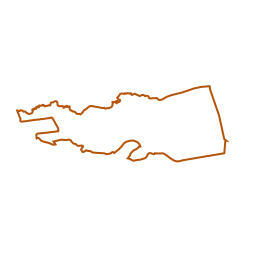 Belmont, Dennery, Saint Lucia, rotated 152°
{"feature_id": "8701671B1177875671821", "entity_name": "Belmont", "entity_type": "district", "adm_level": 2, "iso_a3": "LCA", "parent_name": "Saint Lucia", "parent_adm1": "Dennery", "projection": "albers", "projection_center": [-60.925, 13.95], "detail": "fine", "context": "isolated", "style": "outline", "palette": "amber", "viewbox_px": 256, "rotation_deg": 152, "n_neighbors": 0, "source": "geoboundaries", "source_scale": "gbopen_adm2", "svg_char_len": 5912}
<svg xmlns="http://www.w3.org/2000/svg" viewBox="0 0 256 256"><g transform="rotate(152 128 128)"><path d="M152.0,112.4L145.6,113.6L141.9,114.9L138.9,116.3L136.0,116.7L131.9,115.7L129.2,114.5L126.4,111.2L125.5,108.1L125.8,105.8L127.3,106.2L129.6,105.6L130.7,105.5L133.8,105.5L134.9,105.2L135.8,104.9L136.8,104.6L137.8,104.1L139.2,102.9L139.8,102.5L141.3,101.9L142.5,101.3L141.8,100.7L140.5,99.4L140.1,98.5L139.7,97.8L138.6,96.8L138.2,96.4L137.3,96.1L136.2,95.9L133.6,95.0L132.2,94.3L127.0,93.3L125.8,93.6L124.9,93.9L122.7,95.6L122.0,95.8L121.3,95.8L120.6,95.6L119.6,95.0L117.8,93.0L117.4,92.7L117.1,92.6L116.7,92.6L116.2,93.1L115.5,92.6L113.4,91.4L110.9,90.1L110.1,89.8L109.3,89.4L108.6,88.8L108.1,88.1L107.7,87.7L107.5,86.8L107.2,86.2L106.6,85.4L105.8,83.4L105.1,81.9L103.8,79.6L102.4,77.4L100.7,75.7L98.4,74.6L94.2,73.6L54.8,60.5L47.9,71.3L47.2,70.8L48.2,73.1L41.7,96.4L37.5,123.0L36.3,126.6L44.3,130.0L51.0,131.9L63.3,133.9L74.5,136.7L78.9,137.3L81.7,137.3L82.3,137.2L83.8,137.1L84.6,137.2L85.3,137.3L86.6,137.7L87.3,138.2L87.9,138.7L88.3,140.3L88.5,140.8L88.9,141.2L90.0,141.5L91.9,142.6L94.1,143.4L94.8,143.8L95.1,144.2L95.3,144.5L95.2,145.9L95.3,146.6L95.5,146.9L96.0,147.4L96.7,147.9L97.6,148.0L97.9,148.1L98.1,148.4L98.7,149.7L99.2,150.1L100.0,150.5L100.3,150.6L102.0,150.6L102.8,150.8L104.6,153.2L105.0,153.9L105.9,155.0L106.1,155.2L108.8,155.3L109.1,155.5L109.3,156.1L109.0,157.1L109.1,157.3L109.4,157.5L110.1,157.5L110.7,157.8L111.9,158.9L113.3,159.1L113.5,159.1L114.1,160.0L114.3,160.1L114.6,160.0L114.7,159.9L115.4,159.8L115.7,160.2L116.5,160.9L117.6,161.5L118.8,161.7L119.8,161.3L122.1,160.0L123.1,160.0L123.3,159.7L123.1,158.4L123.2,157.7L122.8,157.3L122.2,157.0L122.0,156.8L122.0,156.2L122.5,155.5L122.8,155.4L123.4,155.2L123.9,155.2L124.7,155.3L126.6,155.3L126.7,155.7L126.6,156.0L126.2,156.2L125.2,156.3L125.0,156.5L124.9,156.7L125.0,156.8L125.4,157.2L125.8,157.3L127.8,157.2L128.0,157.3L128.4,157.4L128.7,158.0L129.1,158.2L129.4,158.3L129.6,158.3L129.8,158.0L129.8,157.7L129.6,157.4L129.7,157.0L131.2,155.4L131.5,154.8L131.9,154.6L132.5,154.5L133.1,154.3L133.3,154.3L136.1,154.6L136.5,155.0L137.2,155.4L137.9,155.4L138.9,155.8L139.5,157.0L140.6,157.3L141.1,157.5L144.6,160.4L149.2,164.0L150.6,165.0L150.9,165.0L152.3,165.2L154.8,164.7L155.4,164.5L155.6,164.5L155.8,164.6L156.3,164.5L157.3,164.3L158.4,164.2L159.2,164.0L160.1,163.3L160.8,163.1L163.5,162.3L163.8,162.7L164.5,163.4L165.0,163.7L166.0,164.1L166.3,164.3L166.5,164.5L167.0,166.2L167.6,167.6L167.9,167.9L168.7,168.2L168.9,168.3L169.1,168.7L169.7,170.0L170.0,170.3L170.5,170.4L170.6,170.6L170.5,172.2L170.4,173.0L170.2,173.4L169.5,174.0L169.5,174.3L169.6,174.6L170.5,174.8L171.4,175.0L171.6,175.3L171.4,175.8L171.4,176.0L171.7,176.2L171.9,176.3L172.1,176.2L172.4,175.8L172.5,175.7L172.8,176.0L173.0,176.4L173.2,176.6L173.6,176.5L174.5,176.0L175.1,175.9L175.4,176.1L175.0,177.0L175.4,178.0L176.0,178.3L177.1,178.8L178.7,179.7L179.3,180.8L179.4,181.4L179.1,182.1L178.5,183.3L178.4,184.2L178.5,184.7L178.7,185.2L179.3,185.7L180.1,185.9L180.9,185.9L181.9,185.7L182.5,185.9L183.5,186.5L184.1,186.5L184.4,186.4L184.7,186.1L185.4,185.0L186.0,184.7L186.3,184.6L186.8,184.8L187.3,185.3L187.6,185.4L188.5,185.4L189.1,185.6L189.6,185.9L190.9,186.1L191.5,186.3L191.6,186.5L191.5,187.1L191.6,187.5L191.7,187.8L192.4,188.5L192.7,188.5L193.2,188.4L193.5,188.2L193.9,188.5L194.5,188.6L194.8,188.7L195.6,189.4L195.8,189.5L196.0,189.5L196.2,189.3L196.2,189.0L196.4,188.7L196.7,188.4L197.1,188.2L197.3,188.2L197.5,188.3L197.5,189.2L197.8,189.4L198.1,189.5L199.2,189.5L199.4,189.4L199.6,189.2L199.8,188.6L200.0,188.2L200.6,188.5L201.0,188.5L201.1,189.0L201.4,189.2L202.3,188.7L202.5,188.8L203.0,189.1L203.3,189.2L203.7,189.2L203.9,189.2L204.0,189.0L204.0,188.6L204.1,188.4L203.9,188.0L204.5,187.3L205.3,186.5L206.0,186.2L207.1,186.4L208.2,186.6L209.0,187.0L209.2,187.4L209.7,187.8L209.8,188.0L210.0,188.7L210.2,188.8L210.6,189.0L210.8,189.8L210.8,190.2L211.0,190.8L211.9,191.3L212.5,191.4L212.6,191.6L212.6,192.0L213.3,192.8L213.5,193.4L213.8,193.6L214.3,194.1L215.8,193.9L216.5,194.2L216.7,194.5L217.0,195.1L217.2,195.3L217.7,195.5L217.9,194.2L218.3,189.9L218.5,189.3L218.5,187.1L218.6,186.6L219.4,185.7L219.6,185.2L219.7,184.8L219.7,184.2L219.3,183.8L218.7,183.5L214.3,181.7L213.3,181.4L205.2,178.4L202.3,177.1L201.0,176.8L199.2,176.0L193.3,173.9L191.1,173.3L190.5,173.1L190.3,172.8L190.1,172.4L190.0,170.4L189.9,168.2L190.0,165.3L189.8,163.5L189.8,161.2L190.0,159.8L190.3,159.1L191.1,157.9L192.0,158.3L192.5,158.4L193.9,158.9L197.8,160.5L199.3,161.0L199.9,161.2L201.7,161.9L204.0,162.9L207.8,164.4L209.4,165.1L210.7,165.5L211.1,165.5L211.8,165.3L212.2,164.9L212.5,164.4L212.8,163.5L213.4,162.3L213.5,161.7L213.0,161.7L212.4,161.6L212.0,161.5L211.6,161.0L211.3,160.3L210.8,158.2L210.6,157.5L210.3,157.0L208.4,155.1L205.4,152.4L204.2,151.1L203.3,149.9L202.8,149.2L201.9,148.4L201.4,148.1L200.1,147.6L199.7,147.5L199.7,148.2L199.9,148.6L199.9,149.0L200.1,150.0L200.0,150.5L200.0,151.1L198.3,150.4L197.2,150.3L196.9,150.1L196.0,150.0L195.7,150.0L195.4,149.7L194.5,149.6L192.6,149.1L191.2,148.3L190.3,147.6L189.8,147.4L189.5,147.3L187.9,146.1L187.3,146.0L186.4,145.9L185.3,145.2L184.3,143.9L184.3,143.2L184.1,142.0L183.9,141.4L183.7,140.4L183.5,140.1L182.9,139.3L182.1,138.8L181.7,138.4L181.5,137.7L181.4,137.2L180.9,136.2L180.3,135.6L179.5,135.2L177.2,134.3L176.7,133.9L176.4,133.4L176.3,133.1L176.3,132.9L176.4,132.6L176.6,132.5L176.8,132.4L177.3,132.4L178.2,132.0L179.1,131.3L179.5,130.8L179.6,130.7L179.6,130.3L179.4,130.1L179.5,128.9L179.4,128.3L179.2,128.1L178.7,127.8L178.3,127.7L178.0,127.7L175.6,127.9L175.2,127.8L175.0,127.6L174.7,127.0L174.2,126.5L172.0,125.2L171.2,123.7L170.5,122.8L165.8,119.8L163.1,118.2L162.7,118.1L162.0,117.5L161.1,116.9L160.3,116.3L159.4,115.1L158.5,114.6L157.7,114.5L155.9,113.8L154.9,113.7L153.6,114.1L153.2,114.1L152.6,113.9L152.5,113.7L152.2,113.1L152.0,112.4Z" fill="none" stroke="#b45309" stroke-width="2"/></g></svg>